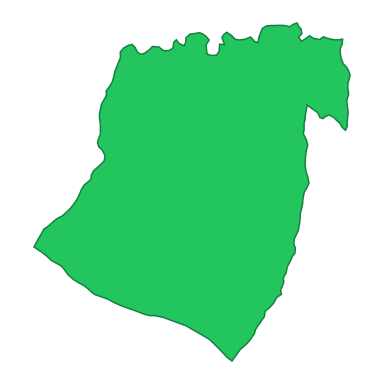 outline of Sud Mennucci, São Paulo, Brazil
{"feature_id": "56859067B35855045473957", "entity_name": "Sud Mennucci", "entity_type": "district", "adm_level": 2, "iso_a3": "BRA", "parent_name": "Brazil", "parent_adm1": "São Paulo", "projection": "mercator", "projection_center": [-50.887, -20.678], "detail": "fine", "context": "isolated", "style": "filled", "palette": "green", "viewbox_px": 384, "rotation_deg": 0, "n_neighbors": 0, "source": "geoboundaries", "source_scale": "gbopen_adm2", "svg_char_len": 2726}
<svg xmlns="http://www.w3.org/2000/svg" viewBox="0 0 384 384"><path d="M132.1,44.4L128.4,45.3L123.5,48.1L120.3,52.0L120.4,57.9L117.9,63.6L116.6,67.4L114.7,71.7L113.9,76.1L112.4,81.6L110.3,85.4L106.2,90.9L106.4,95.5L103.7,100.3L101.5,104.2L99.5,113.4L99.5,118.2L100.3,123.3L100.4,129.8L100.4,134.1L98.3,139.3L97.5,143.0L98.9,147.0L102.2,150.0L103.7,152.9L105.1,156.1L104.2,160.8L101.2,164.0L98.0,167.0L93.8,170.5L91.4,174.9L90.8,179.3L87.4,182.4L84.2,185.0L81.4,189.6L79.5,194.2L77.3,198.9L73.5,204.4L70.5,208.2L66.6,212.1L61.6,216.4L58.5,217.7L54.8,220.3L50.8,223.8L48.3,226.1L43.9,229.1L42.3,232.0L37.8,239.9L33.9,247.0L41.4,251.9L46.5,255.9L51.7,260.7L60.2,265.3L62.8,267.6L66.0,271.9L68.5,275.2L73.5,279.6L78.4,282.6L83.7,285.5L88.2,288.9L91.6,292.1L94.9,294.6L107.5,299.0L113.5,302.3L121.1,305.7L129.6,308.8L133.8,310.2L145.7,314.7L150.6,315.7L154.7,315.6L162.9,317.3L186.0,325.8L208.9,339.0L213.4,343.2L220.7,350.4L226.9,357.2L232.0,361.0L240.2,349.5L244.4,345.9L247.4,343.2L250.2,339.8L252.4,336.4L254.3,333.9L255.4,330.0L257.4,326.5L260.1,322.9L262.0,319.9L264.4,316.6L265.2,311.2L269.2,308.0L273.1,303.8L276.9,297.4L281.4,294.3L280.7,290.2L282.5,285.9L283.8,282.2L283.3,277.8L286.2,272.8L287.2,266.9L290.7,260.3L292.4,256.3L294.9,253.3L295.4,248.0L293.7,243.8L294.5,238.5L297.1,233.1L298.4,230.0L299.6,223.4L300.1,218.7L300.3,213.4L301.8,208.1L302.6,203.7L302.8,199.8L303.5,196.0L304.3,191.9L307.1,187.4L309.0,183.0L308.0,177.8L306.2,172.0L305.1,165.7L305.3,160.6L305.6,155.0L306.5,149.7L307.7,145.4L306.8,140.9L304.9,136.8L303.3,133.7L304.1,129.5L304.1,123.2L305.1,119.4L305.3,115.3L306.3,110.1L307.1,105.1L318.0,112.9L319.7,117.3L322.9,118.7L325.5,116.5L329.1,115.0L334.0,117.6L337.0,120.8L339.6,122.8L342.2,127.4L345.5,130.3L347.2,126.4L347.2,122.3L347.5,118.3L348.2,112.6L347.5,107.2L346.8,101.7L347.5,97.6L348.7,94.4L347.8,88.4L348.0,82.8L349.2,79.1L350.1,75.0L348.6,70.9L346.8,67.4L343.2,63.7L341.3,58.6L340.3,53.6L340.3,48.1L342.2,44.4L342.6,39.1L338.8,39.8L333.9,39.8L327.2,38.2L323.4,36.8L319.4,39.6L313.0,38.2L309.6,35.7L304.8,39.3L301.3,41.2L298.7,37.1L301.9,33.7L300.9,28.7L298.5,26.2L297.2,23.0L293.6,24.2L289.7,26.7L284.4,25.5L279.7,25.3L275.9,25.5L270.9,25.5L266.4,25.9L262.4,28.4L259.1,36.6L257.9,42.6L254.7,41.6L250.7,37.0L244.8,39.3L239.3,40.0L235.0,39.1L231.6,35.5L226.6,32.3L223.7,34.6L221.9,37.5L224.6,44.4L219.6,44.3L219.2,50.9L216.7,55.0L212.2,55.6L207.2,54.3L206.6,50.1L206.1,45.0L209.1,40.0L206.0,36.3L202.5,33.8L199.5,32.7L195.3,33.4L190.1,34.1L186.0,37.8L185.8,42.0L184.2,45.7L179.0,43.5L176.3,39.8L173.8,42.1L172.8,48.4L168.6,50.6L163.5,50.7L158.9,47.0L152.4,46.5L149.7,49.5L144.3,53.4L140.8,54.3L137.4,52.2L135.1,47.4L132.1,44.4Z" fill="#22c55e" stroke="#15803d" stroke-width="1.5"/></svg>